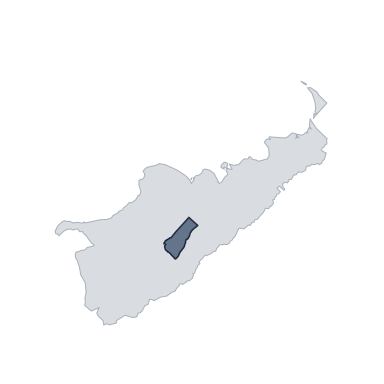 Argentina, with San Luis highlighted, rotated 222°
{"feature_id": "ARG-1298", "entity_name": "San Luis", "entity_type": "Province", "adm_level": 1, "iso_a3": "ARG", "parent_name": "Argentina", "parent_adm1": "", "projection": "natural_earth1", "projection_center": [-66.295, -33.924], "detail": "fine", "context": "in_parent", "style": "filled", "palette": "slate", "viewbox_px": 384, "rotation_deg": 222, "n_neighbors": 0, "source": "natural_earth", "source_scale": "10m", "svg_char_len": 6290}
<svg xmlns="http://www.w3.org/2000/svg" viewBox="0 0 384 384"><g transform="rotate(222 192 192)"><path d="M236.7,115.0L234.6,118.8L235.0,121.4L232.9,127.6L233.4,128.8L231.8,131.7L232.3,134.8L231.4,137.9L231.7,141.7L231.1,142.8L229.7,143.2L228.6,148.5L229.7,153.6L228.6,154.6L230.4,158.3L236.1,161.6L238.9,164.9L239.0,166.2L237.4,168.3L237.2,170.0L238.0,172.4L239.4,173.9L242.2,174.7L242.5,178.1L241.9,180.2L236.6,187.8L235.3,191.1L230.3,194.4L217.6,198.3L207.7,199.8L202.0,199.5L198.3,197.9L198.6,202.2L200.4,203.4L199.4,203.5L200.2,204.3L199.7,207.7L198.5,208.4L197.6,211.3L197.7,213.8L198.7,215.9L197.6,217.9L193.3,220.0L188.2,220.5L178.9,217.2L179.2,216.6L178.8,216.4L177.2,217.1L176.6,220.0L177.6,224.4L177.3,228.2L177.8,229.5L181.2,230.9L180.9,232.5L182.1,232.6L184.5,232.3L184.8,231.1L183.5,230.6L186.8,229.6L188.1,231.2L188.1,235.1L187.5,236.2L184.9,236.9L184.2,236.7L182.8,234.0L181.5,233.4L177.9,234.9L177.5,235.7L182.8,237.7L178.9,239.8L175.7,243.5L175.6,250.2L174.9,252.1L172.7,253.8L172.4,255.1L173.1,255.8L172.8,257.1L168.7,256.7L165.7,258.7L163.1,259.4L158.2,266.9L158.9,270.6L164.3,275.9L171.2,277.3L172.0,279.1L171.7,281.2L170.9,282.4L168.4,283.6L170.5,283.6L171.5,284.7L159.3,294.1L157.8,296.9L157.1,302.6L156.1,303.7L153.7,304.8L152.0,303.7L150.6,301.6L150.7,303.3L148.4,303.9L151.2,304.0L152.5,305.3L148.7,307.4L147.7,309.3L147.2,311.9L145.8,313.4L146.9,313.1L148.0,318.2L145.1,318.5L148.7,319.4L152.9,325.1L152.5,325.6L152.4,325.0L141.6,322.4L127.2,322.0L127.3,321.2L123.9,318.1L124.6,315.9L124.0,314.0L124.7,312.3L124.2,310.2L122.9,309.5L118.3,310.7L115.6,305.0L115.7,302.0L114.9,300.0L115.7,297.5L118.0,297.4L118.7,294.7L121.7,292.6L121.7,290.1L123.5,288.6L123.9,287.4L122.2,284.1L123.3,280.5L126.5,277.7L126.2,274.3L127.9,272.6L126.5,268.0L128.3,266.0L127.4,264.9L127.3,262.5L129.1,261.8L130.2,259.2L128.3,256.8L125.0,256.1L124.8,254.8L130.8,254.8L131.5,252.8L131.1,251.7L126.5,251.2L126.5,248.5L127.5,246.9L126.6,245.2L126.9,243.6L125.7,241.3L126.8,240.3L123.8,237.9L123.7,234.0L124.4,233.0L123.9,230.9L126.6,229.0L125.3,225.2L125.4,217.9L125.0,216.0L126.6,213.1L125.7,211.1L126.9,209.6L126.4,205.9L127.8,205.6L128.7,199.2L132.1,197.3L132.8,196.0L130.3,187.9L130.5,184.9L130.0,183.5L130.6,181.7L130.0,179.1L131.0,176.0L133.3,174.8L133.5,173.7L136.0,171.6L135.8,166.4L134.7,163.8L136.0,162.8L136.7,158.8L138.5,154.6L140.1,153.9L139.7,149.1L140.2,144.8L138.2,144.0L138.6,141.0L137.9,140.2L137.4,137.0L136.0,134.1L135.9,132.9L136.7,132.0L135.1,130.9L134.0,128.3L134.3,125.9L134.5,124.2L136.2,123.0L135.8,121.9L137.2,116.9L138.9,116.6L139.8,114.8L138.8,113.9L139.1,110.9L138.2,106.6L139.8,104.5L141.1,97.8L144.9,93.1L147.5,85.7L149.5,85.5L151.7,83.9L149.5,79.1L150.9,76.0L149.4,69.6L149.9,67.2L151.1,65.8L149.7,63.3L150.1,61.3L152.2,59.0L159.3,55.6L162.1,45.6L160.6,43.9L164.5,38.0L167.3,37.0L168.5,34.1L172.1,36.9L178.4,37.0L181.6,38.2L183.8,43.9L187.1,36.2L195.8,35.9L197.6,38.8L200.9,41.9L203.2,46.2L210.3,52.9L219.5,56.1L225.1,60.7L231.7,64.5L234.9,65.4L237.4,68.1L237.9,70.0L236.4,71.6L235.3,74.6L233.5,76.3L232.7,78.2L232.8,80.6L229.3,85.5L229.4,87.2L232.9,86.8L241.3,88.7L245.3,88.7L246.6,89.5L248.9,87.3L252.4,88.2L254.8,84.3L257.2,83.5L259.7,80.8L261.0,77.5L261.7,70.4L263.0,70.9L265.4,69.9L267.5,71.3L269.1,77.3L268.5,83.1L267.5,85.4L264.9,86.6L263.5,88.3L259.5,89.5L257.2,92.5L252.2,95.8L252.4,97.5L250.8,97.4L242.2,109.2L236.7,115.0ZM151.3,348.3L151.2,328.3L154.0,332.2L152.7,332.0L152.3,333.9L154.6,334.3L155.7,336.6L160.8,341.1L168.3,345.4L175.8,346.7L173.7,348.9L166.4,349.9L162.0,348.8L151.3,348.3ZM178.7,348.1L181.0,347.3L185.4,347.2L179.6,348.8L178.7,348.1ZM201.6,201.1L201.5,202.0L200.1,200.7L201.6,201.1Z" fill="#d9dde1" stroke="#a8b0b8" stroke-width="1"/><path d="M177.3,161.4L177.3,169.5L177.3,171.0L177.2,171.0L176.9,171.0L170.0,171.0L169.7,171.0L165.4,171.0L165.3,170.7L165.4,170.1L165.5,169.4L165.8,167.8L165.9,166.9L166.1,166.3L166.1,166.1L166.2,165.3L166.3,164.7L166.2,164.5L166.2,163.9L166.2,163.7L166.3,163.6L166.2,163.5L166.2,163.4L166.2,162.7L166.3,162.6L166.2,162.4L166.1,162.1L166.0,161.8L165.9,161.5L165.9,161.3L166.0,160.8L165.9,160.6L165.7,160.0L164.8,158.1L164.4,157.7L164.4,157.3L164.2,156.7L164.1,155.9L164.0,155.7L163.9,155.6L163.9,155.4L164.0,155.2L163.9,155.1L163.8,154.3L163.8,154.1L163.8,153.9L163.9,153.6L164.0,153.6L164.3,153.5L164.3,153.3L164.3,152.8L164.4,152.5L164.4,152.4L164.2,152.1L164.2,151.8L164.1,151.7L163.9,151.5L163.8,151.3L163.7,150.9L163.6,150.7L163.4,150.5L163.1,150.3L162.9,150.2L162.8,149.9L162.6,149.2L162.5,148.9L162.4,148.5L162.3,148.4L162.2,148.0L162.2,147.9L161.3,146.5L161.2,146.2L161.2,145.6L161.2,145.4L161.0,145.0L161.0,144.6L160.9,144.6L160.9,144.3L160.9,143.5L160.9,142.7L160.8,142.4L160.8,142.1L160.6,141.5L160.6,141.3L160.6,141.2L160.7,140.8L160.6,140.4L160.7,140.1L160.8,139.8L160.8,139.7L160.7,139.6L160.7,139.4L160.7,139.2L160.4,139.0L160.4,138.9L160.2,138.0L160.2,137.8L160.1,137.7L160.0,137.4L160.0,137.1L159.9,137.1L159.9,136.9L159.8,136.7L159.7,136.4L159.3,135.4L159.3,135.0L159.3,134.3L159.2,134.0L159.3,133.4L159.2,133.3L159.2,133.1L159.3,132.9L159.4,132.4L159.4,132.2L159.3,131.9L159.3,131.6L159.3,131.4L159.4,131.2L159.6,131.0L160.0,131.0L160.3,131.1L160.5,131.2L161.2,131.1L161.4,131.0L161.5,131.0L161.8,131.1L162.0,131.2L162.1,131.3L162.5,131.4L164.5,131.3L165.0,131.4L165.4,131.6L165.5,131.6L165.9,131.5L166.0,131.5L166.3,131.7L166.7,131.6L166.8,131.6L167.0,131.7L167.2,131.8L167.3,131.8L167.6,131.7L168.1,131.8L168.5,131.7L168.9,131.6L169.2,131.4L169.4,131.3L169.8,131.2L170.1,131.2L170.5,131.3L170.8,131.4L170.8,131.5L171.0,131.5L171.3,131.5L172.1,131.3L172.8,131.3L173.1,131.4L173.5,131.6L175.7,133.0L175.9,133.3L176.1,133.5L176.2,133.8L176.2,134.0L176.3,134.4L176.3,134.6L176.5,134.8L176.5,135.0L176.5,135.4L176.5,135.5L177.5,135.5L178.3,135.3L178.5,135.3L178.5,135.2L178.6,135.3L178.7,135.6L178.8,135.8L178.7,136.1L178.7,136.4L178.7,136.6L178.8,136.8L178.9,137.1L179.0,137.3L179.0,137.5L179.1,137.8L179.0,138.2L179.0,138.4L178.8,138.9L178.8,139.3L178.7,139.3L178.7,139.5L178.5,139.8L178.5,140.0L178.4,140.3L178.3,140.8L178.0,141.5L177.9,141.7L178.0,141.8L178.0,142.0L177.8,142.6L177.7,142.7L177.7,142.8L177.8,143.1L177.7,143.3L177.4,143.4L177.3,143.5L177.1,143.9L177.0,144.0L177.4,151.4L177.3,161.4L177.3,161.4Z" fill="#64748b" stroke="#1e293b" stroke-width="1.5"/></g></svg>